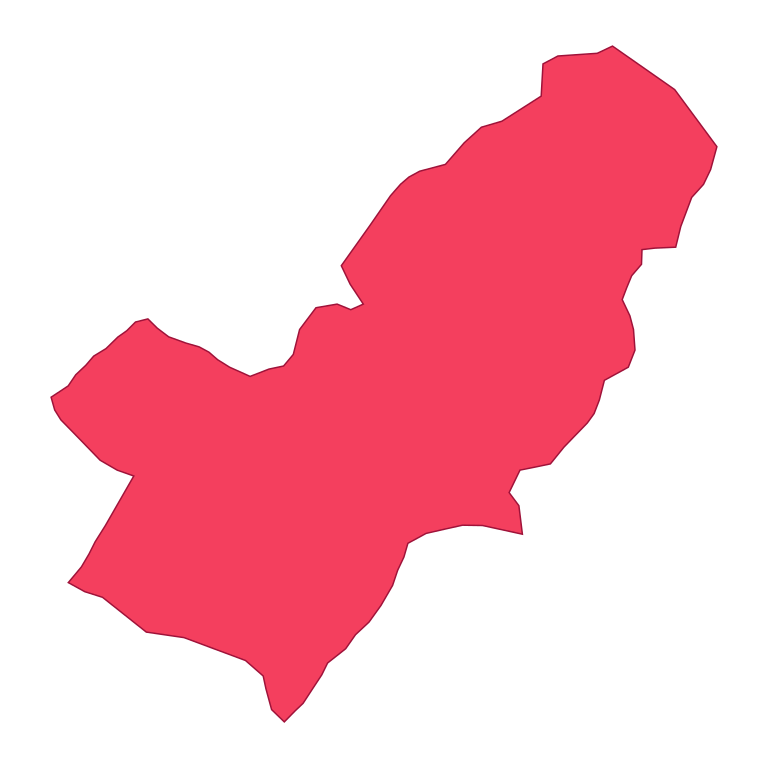 Presidente Castelo Branco, Paraná, Brazil (orthographic projection)
{"feature_id": "56859067B40878166558418", "entity_name": "Presidente Castelo Branco", "entity_type": "district", "adm_level": 2, "iso_a3": "BRA", "parent_name": "Brazil", "parent_adm1": "Paraná", "projection": "orthographic", "projection_center": [-52.155, -23.264], "detail": "fine", "context": "isolated", "style": "filled", "palette": "rose", "viewbox_px": 768, "rotation_deg": 0, "n_neighbors": 0, "source": "geoboundaries", "source_scale": "gbopen_adm2", "svg_char_len": 1420}
<svg xmlns="http://www.w3.org/2000/svg" viewBox="0 0 768 768"><path d="M541.2,96.1L501.9,121.2L481.4,127.2L464.3,142.7L445.4,164.4L419.7,171.2L409.0,177.0L400.6,184.2L390.6,195.6L369.7,225.8L341.3,265.7L350.2,284.3L363.3,304.1L350.8,309.7L337.1,304.1L316.0,307.7L299.6,329.5L293.3,354.4L283.6,366.0L268.9,369.1L250.1,376.4L229.6,367.2L217.6,359.7L209.0,352.2L199.2,346.9L185.7,343.0L168.6,336.8L157.2,328.1L147.9,318.9L135.5,322.0L126.8,330.7L117.9,337.0L106.0,348.6L93.7,356.1L85.8,365.3L75.8,374.7L68.2,385.9L51.1,397.2L54.7,410.0L60.9,419.9L78.7,438.1L100.2,460.3L117.3,470.2L133.8,476.0L105.4,525.5L95.2,541.7L89.0,554.0L81.4,566.9L68.3,582.6L84.8,591.7L102.5,597.3L146.3,632.1L184.0,637.6L245.5,660.5L263.2,676.0L265.9,688.6L271.6,709.6L284.3,721.9L295.2,710.8L303.1,703.3L312.7,688.6L321.8,674.8L327.6,663.0L345.7,648.7L355.5,634.7L369.0,622.1L381.0,605.4L392.6,585.4L397.7,570.2L403.9,557.1L407.9,543.3L426.1,533.4L444.9,529.1L462.5,525.2L482.5,525.5L522.4,534.2L518.9,505.7L509.1,492.6L520.0,470.1L535.5,467.0L550.4,463.9L563.9,447.2L574.6,436.1L587.3,423.0L594.1,413.6L599.3,400.1L604.4,380.3L628.3,367.2L635.0,350.1L633.5,329.5L629.9,315.8L622.2,299.6L626.6,288.0L631.7,275.7L641.5,264.3L642.0,249.6L655.1,248.1L675.7,247.2L680.8,226.4L691.7,197.4L703.5,184.4L710.6,169.6L716.9,146.7L674.7,89.6L612.5,46.1L597.2,53.3L557.9,56.0L543.0,63.9L541.2,96.1Z" fill="#f43f5e" stroke="#9f1239" stroke-width="1.5"/></svg>